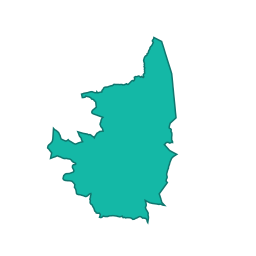 Tenochtitlán, Veracruz, Mexico (Albers equal-area conic projection), rotated 26°
{"feature_id": "50627088B5329329942302", "entity_name": "Tenochtitlán", "entity_type": "district", "adm_level": 2, "iso_a3": "MEX", "parent_name": "Mexico", "parent_adm1": "Veracruz", "projection": "albers", "projection_center": [-96.947, 19.825], "detail": "fine", "context": "isolated", "style": "filled", "palette": "teal", "viewbox_px": 256, "rotation_deg": 26, "n_neighbors": 0, "source": "geoboundaries", "source_scale": "gbopen_adm2", "svg_char_len": 5596}
<svg xmlns="http://www.w3.org/2000/svg" viewBox="0 0 256 256"><g transform="rotate(26 128 128)"><path d="M64.5,181.2L66.0,181.6L67.3,182.3L70.3,183.8L71.7,189.3L73.8,187.0L75.1,185.8L76.5,184.1L77.4,183.9L78.9,183.9L79.6,183.6L81.1,183.7L83.3,183.6L84.6,183.2L86.0,182.3L87.6,182.0L89.2,181.4L91.2,181.6L92.1,182.3L93.0,182.2L93.5,182.7L94.4,182.6L95.4,182.6L96.3,182.6L96.8,183.2L96.4,184.1L95.0,185.0L94.7,186.5L95.4,187.9L97.2,189.2L98.3,190.3L98.1,191.6L96.6,193.2L95.4,194.5L92.4,196.2L91.7,197.1L91.1,199.0L91.5,200.9L91.8,202.0L92.8,202.7L94.4,202.7L96.9,201.8L98.9,200.9L100.9,200.4L103.0,201.1L105.1,202.2L105.4,203.5L106.0,205.0L107.0,205.3L108.5,206.7L109.6,208.2L110.3,209.3L111.3,209.8L112.9,209.5L114.4,208.9L116.1,208.7L117.4,208.4L119.2,208.3L120.2,208.1L120.9,207.4L121.5,206.3L121.9,205.1L122.5,203.9L123.3,203.2L123.9,204.1L124.0,205.2L124.2,205.9L124.6,206.7L124.7,207.8L125.1,209.0L125.8,209.4L126.3,210.8L126.8,211.9L128.1,212.7L129.1,212.7L130.6,213.8L131.7,214.6L132.7,215.2L133.7,216.4L134.7,217.3L136.0,217.6L136.7,218.3L138.4,217.8L139.7,217.1L141.2,218.1L141.5,220.7L142.2,220.6L142.9,220.4L143.6,219.7L144.4,218.0L145.3,217.9L146.3,217.5L147.1,217.3L147.8,216.7L148.6,216.5L149.0,215.9L150.1,214.9L151.3,214.3L152.4,213.6L153.5,213.1L154.7,212.7L156.4,212.1L157.4,212.0L158.5,211.7L159.5,211.5L160.1,211.0L160.8,210.5L161.4,209.8L162.9,210.7L164.1,209.8L165.2,209.9L166.4,209.0L167.5,208.5L169.4,207.7L170.9,207.6L172.4,208.0L173.5,207.3L174.5,205.8L175.3,205.1L176.0,204.1L176.7,203.0L177.5,202.4L178.6,202.1L180.7,202.6L181.7,202.0L182.6,201.8L183.5,201.5L184.7,202.0L185.4,202.5L186.4,203.8L187.2,204.3L185.9,200.1L185.5,199.2L184.9,198.3L184.1,197.5L183.7,196.2L183.3,195.5L181.5,194.2L179.8,193.2L178.5,191.8L178.4,190.8L178.4,190.0L178.1,189.1L177.5,188.3L176.9,187.3L176.2,186.8L175.2,185.5L177.1,185.6L178.9,185.6L180.3,185.7L181.8,185.3L183.3,185.0L184.7,184.5L186.2,184.0L187.7,183.5L188.7,183.3L189.4,183.1L190.1,182.4L191.3,182.1L192.2,182.1L193.2,182.0L194.8,181.5L193.4,181.0L192.2,180.5L191.0,180.1L190.2,179.1L189.3,178.2L188.4,177.1L184.9,173.5L185.6,169.5L186.5,164.4L187.3,159.8L185.4,158.9L184.9,157.0L185.0,155.6L184.3,154.3L183.4,153.4L182.8,152.1L182.5,150.5L182.2,149.0L182.0,147.7L182.0,146.5L181.5,145.3L181.3,144.2L181.2,142.6L180.9,141.4L180.7,140.1L180.6,138.3L180.5,136.5L180.8,135.0L181.4,133.7L181.9,132.7L183.4,130.3L179.8,130.2L175.3,130.0L168.0,127.0L168.4,126.0L168.6,124.8L169.2,123.9L170.1,123.4L171.1,123.2L171.8,123.4L172.9,122.6L173.4,121.7L174.4,121.5L173.9,120.6L172.5,119.6L171.8,118.2L171.2,117.0L170.7,115.5L170.0,114.0L169.1,112.8L168.2,112.4L167.8,111.2L167.5,110.5L166.6,110.0L165.7,110.1L165.0,109.9L164.6,109.1L164.2,107.5L163.8,105.2L164.8,102.6L166.7,97.8L164.6,94.4L164.0,93.5L161.1,88.7L156.6,81.4L154.4,77.9L152.3,74.4L150.1,70.9L149.4,69.7L148.5,68.2L146.6,65.1L143.5,60.1L141.1,57.5L137.1,53.3L133.3,49.3L132.1,48.0L130.3,46.1L129.4,45.2L127.1,42.7L126.3,41.8L123.1,38.4L122.1,37.4L120.3,35.5L115.4,35.4L111.6,35.3L111.9,36.4L111.9,37.4L111.6,38.2L111.6,38.8L112.0,39.4L113.2,39.9L113.3,41.8L113.2,43.8L112.7,45.1L112.6,46.5L113.0,47.4L112.8,49.0L112.8,50.0L113.1,50.9L113.3,51.7L112.6,53.0L113.1,54.0L112.8,54.9L112.4,55.2L112.0,56.1L111.9,57.7L112.2,59.4L112.4,60.4L113.0,61.2L113.5,61.6L113.8,62.1L114.1,62.2L114.3,62.4L114.6,63.0L114.6,63.3L114.7,63.8L115.1,64.0L115.2,64.4L115.5,64.8L115.6,65.1L115.5,65.8L115.9,66.2L116.4,66.3L116.8,66.6L116.8,67.5L116.9,68.0L117.4,68.5L117.9,69.3L118.1,70.1L118.5,70.5L119.0,71.7L118.6,72.3L118.4,73.1L118.5,73.8L118.9,74.3L119.6,74.8L119.8,75.3L119.5,76.0L118.9,76.0L118.2,75.8L117.5,75.8L117.4,76.4L117.1,76.8L116.4,76.7L115.8,76.6L115.3,76.5L114.6,76.7L114.1,77.3L113.7,77.8L113.2,78.1L112.7,78.4L112.2,78.5L111.9,79.0L111.5,79.6L111.7,80.2L112.3,80.5L112.6,81.5L112.7,82.1L112.5,83.0L112.2,83.3L111.7,83.1L111.2,83.4L110.8,83.9L110.5,84.6L110.2,85.6L109.8,86.8L109.4,87.8L109.3,88.5L108.7,89.0L108.2,89.1L107.4,88.8L107.0,89.1L106.8,89.7L106.3,90.0L106.0,90.5L105.3,91.1L104.2,91.6L103.5,91.5L103.1,91.7L102.2,92.2L101.4,92.7L100.5,93.0L99.4,93.5L97.9,94.3L96.7,94.7L95.9,95.3L95.8,96.0L95.4,96.7L95.1,97.1L94.9,97.2L94.3,97.3L94.0,97.8L92.7,98.9L92.2,99.6L91.8,99.9L91.6,100.1L91.3,100.4L91.0,100.7L90.4,100.7L90.0,101.0L89.7,101.4L89.0,101.8L88.6,102.9L88.7,104.2L88.2,105.5L88.6,107.1L86.2,108.9L85.8,109.4L85.2,109.7L84.1,109.1L84.3,110.0L83.0,110.7L82.0,110.9L79.8,111.1L78.7,111.7L77.6,112.6L76.4,113.8L74.9,114.9L73.2,116.1L72.3,117.1L71.4,117.9L73.6,120.7L74.8,120.0L75.9,119.1L76.1,117.9L77.5,117.6L79.0,117.2L80.6,117.1L81.5,117.3L82.6,117.9L84.0,117.6L84.8,117.6L85.6,118.2L86.6,118.4L87.6,118.8L90.4,123.2L89.5,125.2L88.4,127.6L88.3,128.6L88.3,128.9L88.6,129.8L89.3,130.4L90.6,130.5L100.8,129.4L100.4,130.5L100.3,132.0L100.6,133.6L101.0,134.7L100.9,135.6L101.3,137.0L102.1,137.7L103.0,138.6L103.7,139.0L104.5,139.2L105.7,140.1L107.0,141.7L105.9,142.4L104.9,143.1L104.3,143.3L103.6,144.4L103.0,145.5L102.4,146.3L102.2,148.2L102.1,149.0L101.9,150.1L102.0,151.6L100.7,151.1L99.6,151.1L98.2,150.7L96.7,150.6L95.4,151.4L94.1,151.3L89.9,152.5L84.6,153.4L86.1,154.7L87.8,156.4L89.7,157.3L90.6,157.8L91.4,159.0L93.2,160.2L91.2,162.0L89.8,163.3L89.0,164.3L87.8,165.5L86.6,165.7L84.1,165.5L82.3,165.3L80.9,165.3L80.0,165.0L79.4,164.7L78.6,166.3L77.8,167.0L75.9,167.2L74.2,167.2L72.7,167.2L71.6,166.1L70.3,164.6L68.9,163.6L67.7,162.6L66.1,162.1L64.5,161.7L63.1,161.7L62.2,161.4L61.2,161.0L65.2,170.7L65.6,172.3L65.8,173.3L65.5,174.7L65.0,176.3L64.3,177.7L64.0,178.8L64.1,179.7L64.4,181.0L64.5,181.2Z" fill="#14b8a6" stroke="#0f766e" stroke-width="1.5"/></g></svg>